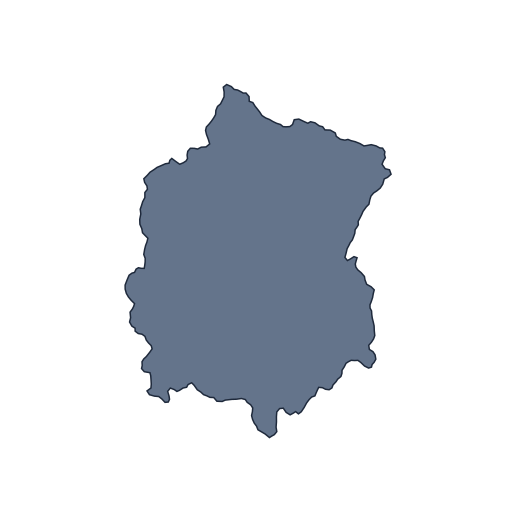 outline of Franciscópolis, Minas Gerais, Brazil, rotated 147°
{"feature_id": "56859067B40069037884515", "entity_name": "Franciscópolis", "entity_type": "district", "adm_level": 2, "iso_a3": "BRA", "parent_name": "Brazil", "parent_adm1": "Minas Gerais", "projection": "robinson", "projection_center": [-41.966, -17.999], "detail": "fine", "context": "isolated", "style": "filled", "palette": "slate", "viewbox_px": 512, "rotation_deg": 147, "n_neighbors": 0, "source": "geoboundaries", "source_scale": "gbopen_adm2", "svg_char_len": 3816}
<svg xmlns="http://www.w3.org/2000/svg" viewBox="0 0 512 512"><g transform="rotate(147 256 256)"><path d="M184.4,411.5L187.2,415.8L191.5,415.4L193.4,410.9L196.1,406.9L199.6,404.8L202.9,402.9L206.8,402.4L210.3,400.0L212.9,396.6L216.2,394.9L219.8,393.4L223.5,392.2L227.4,391.2L229.9,388.8L231.3,385.0L232.4,380.0L233.8,375.2L238.5,374.7L242.7,377.1L246.7,377.5L249.1,379.9L252.4,382.1L256.2,381.0L258.8,378.2L260.4,375.0L262.9,373.8L266.1,373.8L270.0,374.5L271.7,378.7L273.5,383.7L276.1,383.2L278.4,381.2L281.7,382.7L287.9,383.7L290.6,384.2L294.7,384.0L299.2,384.0L303.1,382.9L308.0,381.9L309.3,378.4L309.3,374.2L310.7,371.1L314.6,369.8L317.4,365.5L321.4,363.3L325.0,360.3L327.6,358.3L329.7,354.0L333.6,350.0L336.1,345.8L336.9,341.1L338.5,337.3L337.8,333.6L337.0,329.8L340.0,327.0L342.8,325.0L346.0,322.0L349.3,318.4L350.2,314.4L352.2,311.4L354.3,308.9L356.5,306.5L359.0,308.2L361.0,310.2L363.7,310.3L366.8,308.4L369.4,309.2L372.9,309.0L377.2,306.1L381.6,302.9L383.8,299.4L385.1,295.2L385.3,291.1L384.8,286.7L383.8,282.2L386.1,280.3L388.7,278.8L392.2,277.5L394.8,272.5L398.0,269.5L398.3,264.8L396.7,261.3L398.3,258.8L397.0,255.1L394.2,252.5L392.9,249.1L393.8,245.3L393.5,241.6L392.7,237.9L393.7,234.7L397.7,233.1L402.7,231.4L406.2,230.8L409.2,229.4L411.1,226.1L413.3,223.9L412.7,219.8L408.5,215.9L409.5,212.9L411.1,210.0L413.6,205.6L416.0,202.5L420.9,202.2L420.9,197.7L417.5,193.8L414.1,191.1L412.8,187.3L412.0,182.8L409.1,181.3L406.6,182.9L405.2,185.9L403.8,190.6L399.8,191.9L397.3,188.5L396.1,185.5L393.4,185.0L389.0,185.0L385.7,183.7L383.0,185.2L379.0,184.7L378.3,181.2L378.1,175.8L376.4,172.0L375.5,168.3L373.4,165.5L371.6,162.5L368.5,160.3L367.9,155.5L363.6,152.4L360.3,151.9L356.9,150.2L354.3,148.9L350.3,146.5L345.8,144.4L343.1,141.4L343.1,138.1L341.5,134.1L341.5,130.4L343.8,127.4L346.6,124.6L347.9,120.7L348.5,116.6L348.2,113.1L349.0,109.2L347.5,106.2L345.3,101.8L343.6,96.4L340.8,96.4L337.9,96.2L334.2,97.4L332.4,101.5L329.2,105.7L326.4,110.1L323.5,113.9L319.3,115.2L316.0,113.5L315.9,108.4L313.9,104.2L310.3,103.9L307.5,103.9L306.4,100.5L302.9,100.7L298.2,102.7L293.6,105.2L289.5,106.7L286.1,107.4L282.8,106.6L280.5,108.2L277.9,109.9L275.0,111.7L272.0,109.4L270.3,106.4L267.5,104.0L264.2,104.0L261.7,105.9L257.3,107.0L254.6,108.2L250.4,108.7L247.9,110.7L246.1,113.3L242.5,114.9L238.9,117.0L236.0,117.0L233.0,116.7L230.2,114.6L227.4,113.0L226.1,109.7L224.9,104.6L222.6,100.7L219.7,99.9L217.7,101.8L214.9,102.5L211.7,104.2L210.0,108.2L210.0,112.0L211.8,115.9L210.1,119.7L206.2,120.8L202.6,122.4L199.7,124.6L197.5,128.9L195.0,133.1L193.6,136.8L192.3,140.6L190.8,143.8L189.0,147.0L188.7,150.2L187.0,153.0L184.4,154.8L180.9,157.6L178.2,160.5L175.3,163.2L176.2,167.5L178.6,172.0L177.6,176.6L176.2,179.8L176.9,184.7L178.2,189.0L178.3,192.3L177.1,195.2L174.8,197.3L172.2,199.5L174.2,202.1L178.3,202.1L181.8,202.4L182.2,206.4L178.6,209.6L175.6,212.5L172.5,214.2L169.7,215.9L166.5,217.0L164.1,218.7L160.8,221.2L158.5,224.1L155.7,225.2L153.2,226.4L151.5,229.4L148.2,231.2L144.8,233.2L142.0,235.1L136.8,237.1L133.1,237.9L130.0,241.1L127.0,243.6L123.1,244.8L119.4,244.8L114.8,245.3L110.6,247.2L106.5,250.8L102.9,250.3L98.2,251.0L97.1,255.6L100.1,258.8L100.3,264.3L97.2,266.5L94.0,268.0L93.1,271.0L91.1,273.3L91.1,277.5L93.4,279.3L95.3,282.9L98.7,286.6L102.6,288.2L105.5,289.5L107.6,293.7L110.6,297.9L113.5,301.0L115.4,303.7L118.3,304.7L121.7,308.0L123.5,312.6L122.5,316.0L125.2,321.2L129.5,324.2L129.7,328.1L132.1,330.7L134.0,335.6L137.1,338.9L140.2,339.1L142.3,342.3L145.5,347.5L149.7,349.5L153.7,346.4L157.1,346.1L160.5,348.0L162.9,349.8L163.8,352.9L166.4,356.0L168.6,359.6L170.3,363.1L172.7,366.5L174.5,370.6L174.5,374.9L174.8,378.4L175.2,382.3L175.1,386.4L177.4,389.4L175.0,393.5L175.6,398.1L178.0,399.6L179.4,402.4L181.0,405.2L183.6,407.6L184.4,411.5Z" fill="#64748b" stroke="#1e293b" stroke-width="1.5"/></g></svg>